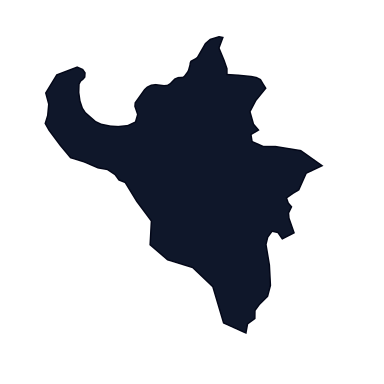 an SVG outline of Azua, rotated 170°
{"feature_id": "DOM-1974", "entity_name": "Azua", "entity_type": "Province", "adm_level": 1, "iso_a3": "DOM", "parent_name": "Dominican Republic", "parent_adm1": "", "projection": "mercator", "projection_center": [-70.822, 18.624], "detail": "fine", "context": "isolated", "style": "filled", "palette": "ink", "viewbox_px": 384, "rotation_deg": 170, "n_neighbors": 0, "source": "natural_earth", "source_scale": "10m", "svg_char_len": 1426}
<svg xmlns="http://www.w3.org/2000/svg" viewBox="0 0 384 384"><g transform="rotate(170 192 192)"><path d="M283.4,334.9L278.4,331.6L276.7,327.9L277.7,323.8L279.9,322.0L282.5,320.6L284.6,317.8L286.3,309.7L286.6,301.1L285.5,293.6L283.4,288.7L274.9,278.1L269.8,274.5L260.9,271.0L253.3,269.2L243.7,268.5L235.5,270.7L232.0,277.8L233.3,286.3L232.4,289.7L220.9,301.0L217.8,303.0L213.6,304.2L209.2,304.0L201.1,301.5L197.6,301.2L194.6,302.4L189.3,306.2L185.7,307.0L180.8,306.4L179.1,307.4L175.3,311.0L174.2,312.5L171.8,317.5L171.3,319.3L170.3,320.9L165.1,322.6L163.2,323.6L153.0,335.8L147.5,339.1L138.4,340.2L134.8,338.8L140.5,329.1L137.6,316.1L136.2,307.4L137.2,301.6L126.0,298.9L113.5,295.4L108.7,293.5L105.1,290.8L103.3,286.0L101.4,281.4L113.2,271.2L121.0,261.1L119.7,248.1L115.8,241.5L124.0,238.4L124.1,231.2L113.9,224.4L101.7,222.2L77.7,213.8L59.4,195.3L76.3,190.7L86.5,175.6L92.8,173.2L100.0,169.8L99.2,164.5L96.6,160.1L100.6,154.6L101.1,149.4L98.6,134.1L111.2,130.2L114.4,137.2L120.0,139.5L125.3,134.4L128.3,127.5L128.5,106.6L131.0,86.4L135.7,76.2L145.2,69.6L150.6,64.4L152.1,56.5L160.2,52.5L163.4,43.8L183.6,57.6L187.9,95.1L204.4,117.5L227.8,129.5L242.4,147.3L237.0,170.5L248.0,192.4L256.1,213.0L261.8,216.5L264.7,222.5L271.4,228.9L280.3,232.1L293.1,240.5L305.6,246.9L313.5,260.7L322.0,277.6L324.6,285.0L320.8,292.4L317.8,303.4L318.8,314.9L304.8,330.8L283.4,334.9Z" fill="#0f172a" stroke="#020617" stroke-width="1.5"/></g></svg>